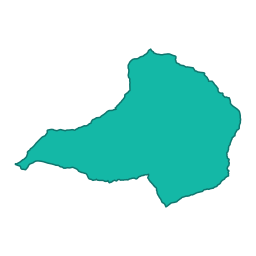 the district of Langthil, Tongsa, Bhutan
{"feature_id": "84629894B85731212133965", "entity_name": "Langthil", "entity_type": "district", "adm_level": 2, "iso_a3": "BTN", "parent_name": "Bhutan", "parent_adm1": "Tongsa", "projection": "orthographic", "projection_center": [90.569, 27.339], "detail": "fine", "context": "isolated", "style": "filled", "palette": "teal", "viewbox_px": 256, "rotation_deg": 0, "n_neighbors": 0, "source": "geoboundaries", "source_scale": "gbopen_adm2", "svg_char_len": 5868}
<svg xmlns="http://www.w3.org/2000/svg" viewBox="0 0 256 256"><path d="M25.4,169.7L25.7,169.6L27.6,167.4L28.7,165.2L29.3,164.5L30.1,163.9L33.2,162.7L34.5,161.7L35.9,161.1L37.8,160.9L40.9,161.2L43.4,161.7L47.8,163.1L52.1,164.0L54.5,164.7L55.7,165.2L58.5,165.4L60.2,166.7L62.3,167.1L63.6,168.1L65.2,168.2L67.3,167.7L69.5,167.9L70.7,167.7L72.2,167.3L73.1,167.4L76.7,169.0L77.7,169.8L78.6,171.1L79.1,171.4L81.4,172.4L83.0,172.7L84.4,173.2L85.7,173.5L86.2,173.8L86.6,174.2L87.1,175.0L88.4,177.9L89.0,178.7L89.5,179.0L91.3,179.4L92.9,180.3L93.6,180.2L94.1,180.0L95.0,180.0L95.6,179.8L96.2,179.4L96.4,179.3L96.9,179.8L97.5,180.1L99.4,180.4L102.7,180.4L103.6,180.6L104.8,181.3L105.3,181.4L107.1,181.3L107.6,181.1L107.9,180.8L109.0,182.4L109.3,182.7L109.6,182.7L110.0,182.6L110.5,182.2L111.5,182.1L113.0,180.9L113.6,180.7L114.4,180.2L114.6,180.2L115.9,180.8L116.6,180.9L117.0,180.6L117.5,179.9L117.9,179.6L119.5,179.5L120.3,180.0L120.7,180.2L121.8,180.0L123.5,180.1L124.4,179.8L126.2,179.8L126.9,179.6L127.8,179.9L128.5,179.6L129.0,179.2L130.1,178.8L130.8,178.8L131.9,178.3L133.0,178.2L133.7,178.1L134.4,178.1L135.4,178.7L136.3,178.9L137.2,178.5L138.1,177.5L139.2,176.6L140.4,176.3L141.8,175.5L143.0,175.6L143.7,175.1L144.4,175.1L145.0,174.7L146.7,174.8L148.5,174.4L148.6,175.1L148.5,175.8L148.3,176.5L147.8,177.5L148.0,178.2L148.1,178.4L148.5,178.7L149.2,180.2L150.1,181.3L150.4,181.9L151.0,182.2L152.0,183.5L152.7,184.1L153.4,185.1L153.7,185.7L154.3,185.9L154.8,186.8L155.7,187.3L156.2,187.8L156.6,188.9L156.5,190.1L157.0,191.3L157.2,193.2L158.2,195.3L158.8,196.1L159.4,197.4L160.5,198.8L161.0,199.7L161.9,201.9L162.3,202.5L163.5,203.1L164.1,203.5L165.0,204.6L165.6,206.2L166.0,206.8L167.2,206.1L168.8,204.8L171.3,202.9L172.3,202.7L174.2,202.4L176.5,201.8L176.9,201.6L177.6,200.8L179.5,199.4L179.8,199.1L181.0,198.4L181.7,197.6L182.3,197.3L183.5,197.0L186.1,196.1L187.0,196.2L188.9,195.9L189.7,195.6L191.0,194.7L192.1,194.9L193.3,194.5L196.9,192.7L202.4,191.4L203.4,190.4L204.2,189.7L205.4,189.6L206.5,189.3L207.1,189.0L208.3,189.3L209.2,189.2L210.3,188.7L213.4,188.1L214.1,187.4L214.9,187.0L216.3,186.6L216.8,186.3L217.2,185.9L217.6,185.1L217.8,185.0L219.6,183.9L219.9,183.6L220.4,183.1L220.7,182.2L222.2,180.4L224.4,179.1L224.7,178.7L225.2,177.9L225.5,177.5L226.1,177.2L226.8,176.6L228.1,176.1L228.5,175.8L228.4,174.2L228.6,173.5L228.1,172.5L228.4,171.8L228.7,171.5L228.8,170.8L228.6,170.4L227.7,170.2L227.5,169.3L227.2,168.9L227.1,168.4L227.1,168.2L227.6,167.4L227.7,166.5L228.8,165.6L229.2,163.3L229.1,162.8L229.1,162.4L228.6,161.5L228.5,161.1L229.1,159.9L229.1,159.6L228.8,159.0L227.7,158.5L227.4,158.1L227.4,157.0L227.1,156.6L226.9,156.2L226.9,155.0L227.0,154.6L226.8,153.6L226.8,152.7L227.0,152.3L227.7,151.9L227.9,151.5L228.1,150.4L228.5,149.5L228.5,148.3L228.4,147.9L228.7,147.2L228.7,146.5L229.0,145.9L229.9,144.8L230.1,144.4L230.1,143.5L231.7,139.3L232.0,139.0L232.1,138.3L232.3,137.6L233.3,137.0L233.7,136.4L234.4,135.9L234.7,135.9L235.1,134.9L234.9,134.4L235.0,133.8L235.6,132.6L236.4,131.3L237.0,130.2L237.2,129.9L238.3,129.5L239.0,128.7L239.2,128.4L239.3,125.7L239.6,124.5L240.3,122.9L240.4,121.6L240.2,121.0L240.5,120.4L240.6,119.8L240.5,118.9L240.2,117.3L240.3,115.8L240.0,114.8L240.1,114.4L239.4,111.7L239.1,111.1L238.5,110.4L236.9,108.9L232.9,106.1L231.4,104.7L230.4,103.3L230.4,101.7L230.0,100.0L229.8,99.2L229.3,98.6L229.2,97.9L228.0,97.7L226.1,97.0L225.1,97.3L224.6,97.0L222.8,95.1L223.0,93.9L222.6,93.2L222.3,93.1L220.7,93.2L219.3,92.5L218.6,92.0L218.3,91.4L217.9,90.2L218.0,89.6L218.0,88.4L217.3,87.8L216.5,86.4L214.5,84.4L213.6,82.9L212.1,81.2L208.7,81.2L208.4,79.8L207.7,78.8L207.1,77.5L205.7,76.2L204.5,75.2L204.3,74.7L204.6,74.1L204.6,73.3L204.3,73.0L203.5,72.7L199.9,72.3L198.7,72.0L198.2,72.1L197.6,71.9L196.6,71.2L195.9,71.0L195.2,71.0L193.1,67.8L187.1,66.9L186.0,67.1L183.6,65.6L181.8,65.4L179.9,64.9L179.6,64.3L178.1,63.5L176.7,63.0L176.0,61.8L175.9,60.8L175.6,60.2L175.4,59.0L175.9,58.2L175.9,56.9L175.8,56.5L175.1,56.0L173.2,55.5L169.5,54.0L167.9,53.9L165.7,54.2L164.3,54.3L162.1,54.8L160.5,54.7L158.8,54.3L157.0,54.2L153.7,52.8L153.4,51.9L152.4,51.3L151.6,50.6L150.7,49.2L149.6,49.8L148.6,50.5L148.3,51.1L148.0,52.0L146.6,53.7L144.7,54.8L143.0,56.2L140.9,56.7L139.5,57.4L138.6,58.2L137.7,58.6L136.8,58.8L134.3,58.9L132.5,59.5L131.1,60.7L129.8,62.1L129.2,63.5L128.4,64.8L128.2,65.3L128.2,68.1L128.8,69.5L128.9,71.1L128.6,73.3L128.2,75.1L128.6,77.3L129.6,78.5L129.8,79.1L129.7,80.7L130.0,82.8L129.8,84.1L130.0,90.2L129.9,90.5L128.4,91.6L128.1,92.5L127.9,92.7L127.0,93.0L126.6,93.5L125.5,94.2L125.0,94.6L124.9,94.8L124.7,97.0L124.4,97.6L122.9,99.6L122.0,100.5L121.5,101.3L120.9,102.1L120.1,102.7L119.1,104.0L117.4,105.6L116.7,106.3L116.5,107.0L115.3,107.9L115.4,108.1L116.0,109.2L115.7,109.4L114.1,109.6L112.4,110.4L109.6,110.5L108.7,110.7L107.6,111.3L107.1,111.6L105.8,112.9L103.8,114.5L102.5,115.3L101.2,116.2L100.4,117.2L100.2,117.3L99.2,117.5L96.4,117.8L94.6,119.0L94.4,119.2L93.1,119.5L92.3,120.1L91.4,121.6L90.9,123.2L90.2,123.5L89.4,123.7L87.8,125.1L87.3,125.4L86.8,125.7L86.0,125.9L84.2,125.8L80.7,127.4L78.7,127.7L77.3,128.8L76.5,129.0L76.2,129.2L75.2,130.0L74.6,130.2L72.9,129.7L71.6,129.7L70.7,129.9L68.3,130.1L66.9,130.1L65.2,130.7L62.2,130.0L61.2,129.7L60.2,129.6L58.9,130.0L57.9,130.4L56.9,130.7L55.7,130.5L54.1,130.1L53.0,129.5L51.3,129.4L49.5,129.7L47.5,130.2L47.2,130.7L47.3,132.1L47.1,133.0L46.5,133.9L46.0,134.4L45.3,135.6L44.8,135.9L42.9,136.7L41.8,137.4L36.1,143.2L35.3,144.3L33.9,146.0L32.1,147.7L30.6,148.7L30.3,149.1L29.7,150.2L28.4,151.0L27.6,151.9L27.4,152.2L27.7,153.1L27.7,153.4L27.3,154.2L27.1,155.2L26.4,156.8L25.7,157.7L24.6,158.6L23.8,159.4L22.7,159.8L20.3,161.8L19.0,162.6L16.7,163.8L16.1,163.9L15.5,163.8L15.4,164.2L15.5,164.5L18.4,165.6L19.3,165.8L20.0,166.1L20.5,166.8L20.9,168.3L21.2,168.7L21.7,169.1L22.7,169.3L23.3,169.2L23.9,169.4L25.4,169.7Z" fill="#14b8a6" stroke="#0f766e" stroke-width="1.5"/></svg>